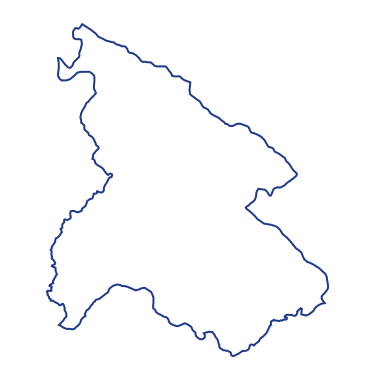 outline of Bac Yen, Son La, Vietnam, rotated 183°
{"feature_id": "81297802B44532488811780", "entity_name": "Bac Yen", "entity_type": "district", "adm_level": 2, "iso_a3": "VNM", "parent_name": "Vietnam", "parent_adm1": "Son La", "projection": "mercator", "projection_center": [104.438, 21.222], "detail": "fine", "context": "isolated", "style": "outline", "palette": "blue", "viewbox_px": 384, "rotation_deg": 183, "n_neighbors": 0, "source": "geoboundaries", "source_scale": "gbopen_adm2", "svg_char_len": 5899}
<svg xmlns="http://www.w3.org/2000/svg" viewBox="0 0 384 384"><g transform="rotate(183 192 192)"><path d="M317.9,52.2L316.7,51.9L313.0,49.7L309.8,48.7L306.8,49.0L304.4,48.6L302.1,49.3L301.0,50.7L297.9,53.6L296.7,55.8L295.9,58.8L294.2,61.0L291.9,62.6L292.6,64.3L291.1,68.3L289.1,69.6L287.0,73.2L285.6,74.7L284.6,76.7L283.2,77.6L283.0,78.6L282.0,79.4L278.9,80.5L272.4,86.1L271.0,87.0L270.3,88.1L270.0,89.9L269.4,91.0L267.0,93.4L265.3,94.5L261.7,95.7L260.2,95.6L258.4,95.2L257.0,94.4L254.5,94.5L251.6,94.0L243.0,90.8L239.8,91.9L237.5,93.2L234.1,93.8L227.8,90.2L225.8,86.9L225.7,86.1L225.0,84.8L224.7,79.1L224.9,75.7L224.5,73.6L222.3,72.1L222.0,70.6L219.7,68.9L216.8,67.7L213.5,66.0L211.7,65.7L210.0,64.9L208.9,63.3L208.0,60.8L206.0,59.1L202.2,57.7L199.7,57.2L196.9,58.2L192.7,60.4L191.5,60.3L189.2,59.4L187.0,58.2L185.5,57.0L184.2,54.2L183.3,53.3L181.3,52.0L180.9,49.7L180.2,48.1L177.7,46.1L175.6,45.4L174.1,45.4L173.4,45.7L171.7,47.4L171.6,49.0L172.0,50.4L172.8,51.6L168.0,53.3L164.2,53.2L163.8,52.3L162.0,50.6L160.8,48.2L159.7,47.2L158.3,45.0L157.5,42.0L156.7,40.6L156.6,38.6L156.0,37.7L152.4,35.7L148.8,35.3L145.4,34.1L144.9,33.6L144.1,31.0L142.2,30.2L137.2,32.9L133.4,35.8L129.7,36.3L127.9,37.3L126.8,38.7L126.2,41.7L125.3,42.7L123.8,42.8L121.9,42.0L121.0,43.4L117.4,46.4L116.4,49.0L113.4,51.5L110.2,55.1L107.2,62.4L106.2,63.4L106.4,65.5L106.2,66.7L105.5,67.4L104.5,67.7L103.6,68.7L102.1,67.9L100.6,68.1L98.2,67.6L96.6,68.5L95.3,68.3L93.9,69.3L91.5,69.5L90.7,70.1L90.7,71.4L91.0,71.6L92.6,71.7L92.9,71.9L92.9,72.6L91.6,73.9L90.5,74.4L86.6,74.4L83.9,73.8L82.4,73.8L81.0,75.3L80.6,76.7L80.7,78.0L80.3,78.9L79.5,79.2L78.8,80.4L77.7,81.0L77.3,81.6L76.2,81.0L76.5,75.8L76.2,75.4L72.7,74.9L72.1,74.5L69.1,75.7L64.8,79.3L62.8,82.9L60.1,85.4L56.6,87.3L53.7,87.9L56.5,91.6L57.0,92.8L57.0,94.6L56.5,95.4L53.4,99.1L51.9,101.4L51.3,102.7L51.1,104.8L53.1,114.5L54.5,117.1L61.1,122.6L66.6,125.7L70.3,127.4L73.2,128.2L76.7,131.0L79.6,137.2L81.8,139.1L85.3,141.3L90.9,147.6L94.9,151.5L99.3,154.7L102.3,159.1L105.5,161.7L108.1,162.6L111.2,163.4L118.4,164.2L125.2,168.4L128.6,171.9L133.2,175.7L136.9,178.2L137.5,179.5L133.8,182.4L133.1,183.5L130.3,185.7L128.6,187.8L127.6,192.3L127.8,194.1L127.1,196.6L125.8,198.6L119.3,198.1L117.9,197.1L115.7,194.5L114.8,192.8L114.2,192.5L113.2,192.5L112.7,193.3L111.0,198.5L110.1,199.7L106.8,201.3L105.6,201.0L103.7,201.2L99.6,203.7L98.0,205.7L91.0,211.3L88.8,213.6L88.1,215.1L88.5,216.1L91.9,219.0L96.9,225.7L99.5,227.7L101.0,230.8L108.4,235.5L110.5,236.1L111.5,236.9L112.5,238.2L112.7,239.0L113.8,240.0L115.4,240.6L117.7,241.0L118.7,242.0L122.3,247.6L124.8,250.0L126.9,251.4L130.4,253.0L133.9,254.2L135.6,254.3L136.8,255.7L138.9,259.7L139.6,260.3L147.0,262.6L148.7,262.7L151.0,262.3L153.7,260.6L155.0,260.1L157.7,259.9L160.6,261.8L162.2,261.8L163.2,263.1L167.3,265.9L168.9,267.3L174.9,269.9L177.6,271.5L180.3,275.1L182.0,276.1L184.4,277.0L186.0,278.3L187.8,281.3L189.1,282.9L196.7,287.8L199.0,289.6L199.8,293.6L199.4,301.4L205.5,303.3L208.3,305.0L209.4,306.3L210.8,306.9L214.9,306.5L218.0,307.0L218.7,308.8L219.6,310.0L224.0,315.2L225.2,316.0L233.8,315.6L235.9,316.1L239.8,319.2L243.4,319.3L245.3,319.6L248.5,319.4L250.0,320.4L252.0,323.1L255.2,325.8L258.6,327.5L261.5,327.7L263.0,328.8L264.3,331.6L265.9,333.6L267.9,334.0L269.5,333.8L272.6,335.1L274.4,335.2L276.8,336.4L278.0,337.4L280.5,337.6L286.0,338.8L288.8,340.3L293.6,342.1L296.7,345.4L302.5,349.4L310.5,353.8L312.3,350.6L313.4,349.5L314.0,349.2L315.1,349.2L316.4,349.8L316.9,349.6L318.7,347.3L319.3,345.0L318.6,340.4L317.9,339.2L315.7,338.5L311.8,338.7L310.6,338.2L310.3,337.4L309.7,333.8L310.8,328.2L311.9,325.0L311.6,322.6L311.8,320.9L316.8,315.6L318.2,311.6L319.9,309.7L320.7,309.6L322.4,310.0L325.5,312.8L329.4,317.3L330.8,318.6L332.9,318.8L332.0,315.0L331.5,309.0L332.0,302.5L331.5,300.1L329.7,297.7L327.8,296.6L323.2,296.9L319.5,298.4L315.4,302.2L312.8,305.2L309.8,306.1L300.9,306.7L298.7,305.6L296.3,303.6L295.6,302.4L295.4,300.4L295.3,297.6L295.5,290.5L293.1,285.8L294.9,283.3L298.0,279.9L300.2,276.8L302.3,275.1L303.2,272.2L305.4,268.3L306.8,264.7L307.3,260.9L307.3,260.2L306.4,257.7L306.3,255.5L303.4,253.3L302.9,252.3L302.9,249.4L301.8,248.0L298.7,245.7L297.9,243.5L295.0,242.0L293.4,240.5L290.8,235.7L290.3,234.0L288.0,232.3L287.5,231.4L287.7,230.3L289.2,228.9L292.4,224.7L292.7,223.5L292.6,221.9L293.3,220.0L291.8,219.4L290.9,218.5L290.2,216.1L289.6,215.3L287.3,213.6L284.5,212.3L282.2,210.7L279.1,206.7L277.0,204.7L276.3,204.9L275.3,205.9L274.5,206.1L272.8,205.5L272.6,204.7L273.2,202.6L274.9,202.3L275.6,201.4L276.8,199.1L277.8,196.4L279.2,194.5L280.3,191.2L280.1,189.1L280.6,187.8L281.7,187.0L283.1,186.8L284.1,186.8L286.4,187.8L286.8,187.8L287.0,185.9L288.2,185.3L290.0,185.2L290.8,181.2L291.2,180.5L292.8,179.6L294.0,179.3L295.7,177.9L296.2,177.2L296.9,174.4L297.8,172.3L300.9,169.7L301.3,167.4L304.8,165.8L305.7,165.8L308.9,166.9L311.0,166.8L312.1,166.3L312.5,164.7L312.4,163.2L311.8,160.7L311.9,159.4L314.8,157.5L317.5,158.0L318.1,157.7L318.2,156.9L317.9,155.3L319.8,152.9L319.9,151.6L319.6,149.6L320.0,149.0L321.3,148.4L321.2,147.9L320.1,145.9L319.9,145.0L321.0,143.5L321.2,142.6L323.5,139.8L325.6,138.5L326.0,136.9L326.1,134.9L329.2,129.7L329.1,128.3L330.1,126.6L329.0,125.5L329.2,123.2L328.4,119.5L328.7,118.4L328.6,118.1L327.0,117.0L325.4,115.0L324.9,113.4L325.5,112.5L327.7,111.5L328.0,110.5L324.6,109.3L324.2,108.6L324.2,106.6L322.6,102.8L323.8,101.0L324.0,99.8L324.8,98.8L325.3,97.2L326.1,96.1L326.2,95.1L325.9,93.6L328.8,92.0L329.4,91.0L329.2,90.5L327.4,90.3L327.1,89.9L327.1,89.3L327.6,87.8L327.2,86.2L327.8,85.7L330.9,85.9L331.7,84.9L330.8,83.2L330.9,81.8L329.4,80.1L329.0,78.2L327.4,77.5L327.5,76.1L325.9,76.2L324.7,75.9L322.9,74.8L320.4,73.7L319.5,73.2L319.0,72.4L318.0,72.0L317.1,72.2L316.0,73.4L315.3,73.6L314.9,73.4L313.9,71.9L313.4,70.5L313.1,69.5L313.0,67.1L311.9,65.6L311.2,64.1L310.9,61.1L312.5,59.4L313.7,57.1L317.9,52.2Z" fill="none" stroke="#1e3a8a" stroke-width="2"/></g></svg>